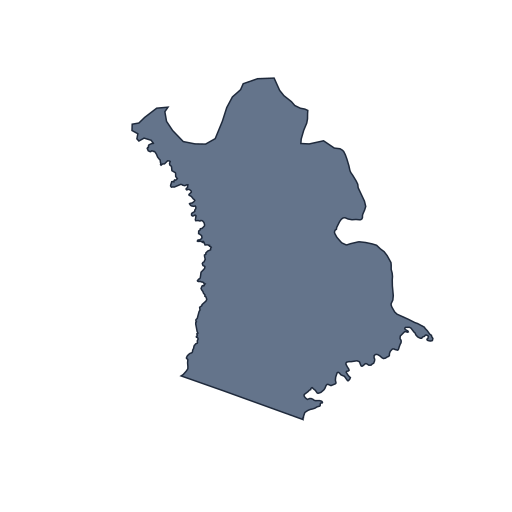 Nkwanta North, Volta, Ghana, rotated 138°
{"feature_id": "2480657B6503151283934", "entity_name": "Nkwanta North", "entity_type": "district", "adm_level": 2, "iso_a3": "GHA", "parent_name": "Ghana", "parent_adm1": "Volta", "projection": "natural_earth1", "projection_center": [0.278, 8.552], "detail": "fine", "context": "isolated", "style": "filled", "palette": "slate", "viewbox_px": 512, "rotation_deg": 138, "n_neighbors": 0, "source": "geoboundaries", "source_scale": "gbopen_adm2", "svg_char_len": 6108}
<svg xmlns="http://www.w3.org/2000/svg" viewBox="0 0 512 512"><g transform="rotate(138 256 256)"><path d="M121.0,276.8L121.8,279.5L125.6,283.8L128.7,296.4L141.5,303.7L147.4,309.6L144.1,312.7L136.4,317.5L129.4,320.8L126.0,323.4L122.3,327.4L120.1,329.5L121.4,332.5L124.2,336.2L126.5,341.9L126.4,346.9L128.0,356.5L127.6,363.3L123.5,376.1L136.2,386.7L150.2,392.6L156.2,389.9L167.1,390.0L178.4,385.9L190.9,378.6L207.8,370.5L218.6,372.9L226.3,380.1L233.5,389.7L234.0,405.1L232.4,415.9L227.2,424.2L221.8,425.5L230.9,432.3L246.0,433.5L254.1,433.2L259.8,436.8L264.2,432.2L262.0,425.9L266.1,422.8L266.1,419.8L260.3,418.5L256.5,412.2L256.8,408.4L257.2,408.4L258.2,409.3L261.1,410.2L261.8,410.1L263.4,408.6L264.0,409.1L264.9,408.7L265.3,407.2L265.7,406.5L265.2,405.0L264.5,404.0L263.3,404.0L263.0,403.7L262.3,402.8L262.2,402.2L261.6,401.8L261.5,400.6L261.9,398.2L262.9,395.4L263.1,392.9L263.0,391.5L264.5,389.3L264.6,388.7L265.8,387.8L265.8,387.0L263.8,386.9L262.5,385.8L261.9,385.7L258.1,385.9L257.0,384.9L256.5,383.7L258.5,382.5L259.2,381.1L258.9,379.6L259.1,378.8L261.4,375.7L260.2,371.8L260.4,371.3L262.5,368.8L262.7,366.1L265.0,366.1L265.6,367.0L266.6,366.8L267.4,366.1L268.2,367.2L268.9,367.6L272.1,365.7L272.6,365.2L272.8,364.2L272.7,363.6L271.7,363.1L270.6,361.9L264.0,359.6L263.2,358.5L263.1,357.7L261.9,355.9L259.6,355.2L259.0,354.4L260.2,353.7L260.5,353.0L260.8,352.8L262.8,352.8L263.3,352.3L263.2,351.4L261.8,350.9L261.0,350.0L260.7,348.1L260.9,347.2L261.4,346.7L264.6,346.6L265.0,346.2L265.0,345.7L264.4,344.3L264.2,343.3L264.4,340.4L264.1,339.2L264.3,338.2L265.7,337.9L267.9,338.1L269.9,339.3L270.5,339.3L270.7,337.6L270.5,336.5L269.2,334.7L267.7,333.8L267.8,333.0L268.4,332.1L269.2,331.4L270.8,331.1L271.7,330.1L275.0,330.7L275.8,330.4L276.6,329.4L276.5,328.3L275.5,327.6L274.0,327.3L273.6,326.5L273.8,325.8L274.7,325.4L274.9,325.0L276.8,323.6L277.2,322.6L275.2,321.0L274.4,319.7L273.6,319.2L273.2,319.3L272.4,318.3L272.2,317.4L272.3,315.6L273.4,313.5L274.3,312.8L277.6,312.6L279.1,313.5L280.0,312.8L281.9,312.9L283.7,311.0L283.3,310.3L282.8,307.5L283.9,305.8L284.7,305.4L285.4,305.4L287.2,305.7L288.2,306.6L288.9,306.7L289.6,306.3L289.4,305.7L287.2,303.9L286.5,301.9L286.0,302.5L285.4,302.1L285.5,300.9L286.5,298.3L284.8,297.0L284.1,296.0L284.1,295.5L283.4,295.0L284.0,294.2L283.5,293.4L283.4,292.4L284.5,292.1L285.6,291.0L288.6,292.0L291.3,291.8L292.1,290.9L293.7,291.2L294.6,290.0L296.0,287.4L297.0,287.2L298.3,286.4L299.8,286.7L301.0,286.3L301.8,284.4L301.0,282.5L302.1,281.4L302.9,281.1L307.7,280.7L312.0,277.1L313.3,276.8L314.1,277.2L316.1,276.8L316.2,276.3L315.6,275.2L314.5,274.5L313.9,273.2L313.1,272.3L312.7,271.0L313.4,269.8L312.7,269.3L314.8,268.7L315.4,269.6L316.1,269.8L318.6,268.6L319.1,266.9L319.2,265.2L319.9,263.6L320.0,261.1L320.9,260.4L320.6,259.0L321.6,256.7L323.3,256.0L328.6,256.0L329.6,255.3L332.2,255.6L333.8,253.3L335.5,252.8L341.5,248.9L342.8,248.9L343.5,248.7L344.2,247.7L344.3,247.0L345.1,247.0L346.3,245.8L350.2,239.4L350.8,237.5L351.3,237.3L352.1,237.7L352.9,236.0L354.1,236.1L354.5,235.8L354.6,235.4L354.0,234.5L354.4,233.3L354.8,232.9L356.5,232.2L357.5,230.7L357.9,230.5L359.7,231.1L360.6,230.8L361.4,230.9L362.4,230.5L364.2,229.1L366.1,228.4L367.0,227.5L367.8,227.1L368.7,227.1L370.0,227.7L371.5,227.9L373.7,227.8L375.2,227.2L375.8,226.9L376.2,226.3L375.9,225.1L376.0,224.6L378.4,222.3L380.6,219.4L382.1,217.8L384.9,217.1L389.5,216.6L391.9,217.0L370.5,177.8L330.5,103.0L329.7,104.2L329.0,104.0L328.6,104.6L327.0,105.6L324.5,107.0L324.0,107.0L320.7,106.5L318.2,105.6L316.5,104.6L314.1,103.5L311.5,103.0L309.1,101.8L308.4,101.9L307.1,103.2L306.1,103.3L305.1,102.5L304.6,102.7L304.3,103.7L304.6,104.6L305.7,106.2L308.8,108.9L309.4,110.2L309.6,111.5L310.4,113.2L311.5,114.2L313.8,115.0L314.2,117.3L314.1,119.2L313.6,120.2L312.8,120.8L308.0,120.4L306.0,120.6L304.8,120.1L303.9,120.8L302.6,120.8L302.3,120.6L302.2,120.3L302.3,119.3L301.8,116.4L302.2,113.4L301.8,112.5L301.1,112.1L299.0,111.2L295.2,111.1L293.4,111.5L290.5,112.9L289.1,113.0L288.4,112.5L287.0,109.5L282.5,107.9L281.5,108.1L280.1,110.6L277.8,112.7L273.9,114.9L272.8,114.7L272.3,113.3L272.4,110.9L270.8,107.4L271.4,102.1L270.8,101.5L268.8,101.7L267.2,102.5L267.4,104.0L267.3,106.3L266.8,109.2L265.9,109.7L264.5,108.8L263.4,108.7L263.2,108.9L262.7,110.0L262.3,112.7L261.5,115.6L260.8,116.2L259.6,116.4L257.7,115.4L256.0,113.8L251.1,110.6L249.9,108.2L251.1,105.1L251.4,103.9L251.2,103.4L250.9,103.1L249.3,102.8L247.7,102.9L246.4,102.6L245.9,101.9L245.2,99.3L243.5,97.9L241.9,98.0L240.3,97.6L238.1,98.7L236.8,99.9L236.4,101.3L234.9,102.9L233.3,102.9L232.4,102.4L231.5,101.2L230.8,99.0L230.5,96.2L229.9,94.5L228.2,93.5L225.7,93.1L224.6,92.6L223.5,92.8L222.1,94.2L220.0,95.3L217.2,95.6L216.7,95.5L215.6,94.5L215.3,93.5L213.7,91.2L212.6,91.3L210.1,92.8L207.6,94.1L206.9,94.2L205.6,95.0L204.6,96.3L204.3,98.1L204.0,98.5L202.3,100.0L196.1,100.3L195.5,99.7L194.3,97.9L193.6,97.7L193.3,98.6L194.2,101.3L194.2,102.0L193.8,102.8L192.6,102.9L189.7,100.4L189.1,98.7L189.5,93.7L189.3,92.4L190.0,90.4L190.0,87.7L189.3,85.8L188.8,84.8L187.9,84.0L187.0,84.3L185.9,84.2L184.7,83.6L183.2,83.8L182.4,83.5L181.6,81.7L181.7,80.9L183.4,79.7L184.6,79.8L184.9,79.4L185.0,78.7L184.7,78.0L183.4,76.2L181.8,75.2L181.2,75.3L179.7,76.4L179.4,78.4L178.7,79.7L179.2,81.7L178.7,85.7L178.8,89.0L178.5,90.4L181.1,97.7L182.5,100.2L185.2,107.2L190.1,118.3L190.4,121.6L189.2,127.2L188.4,129.1L187.4,130.2L183.8,131.7L180.5,134.7L174.6,142.6L170.7,147.1L168.3,149.4L166.3,152.1L164.5,155.6L161.7,158.7L160.1,160.8L158.3,168.5L157.9,173.5L158.8,178.0L159.2,183.3L161.6,187.3L165.6,192.8L169.6,197.3L170.6,198.1L177.5,201.9L180.9,203.4L181.6,204.0L183.4,208.2L183.5,209.5L183.4,215.8L182.4,220.0L182.0,220.9L181.0,221.8L179.5,222.3L178.4,222.0L177.0,223.2L170.9,225.6L168.2,226.2L166.4,226.1L165.6,225.9L164.2,224.9L162.9,222.0L160.4,218.7L157.3,216.3L154.5,213.3L153.8,212.9L152.5,212.7L151.2,213.3L149.7,214.9L148.5,215.7L144.5,217.5L141.3,219.4L138.7,224.2L134.4,238.4L132.4,241.2L131.4,244.6L130.2,250.9L129.7,254.7L129.0,256.7L126.6,260.9L123.6,267.2L121.9,271.4L120.9,275.0L121.0,276.8Z" fill="#64748b" stroke="#1e293b" stroke-width="1.5"/></g></svg>